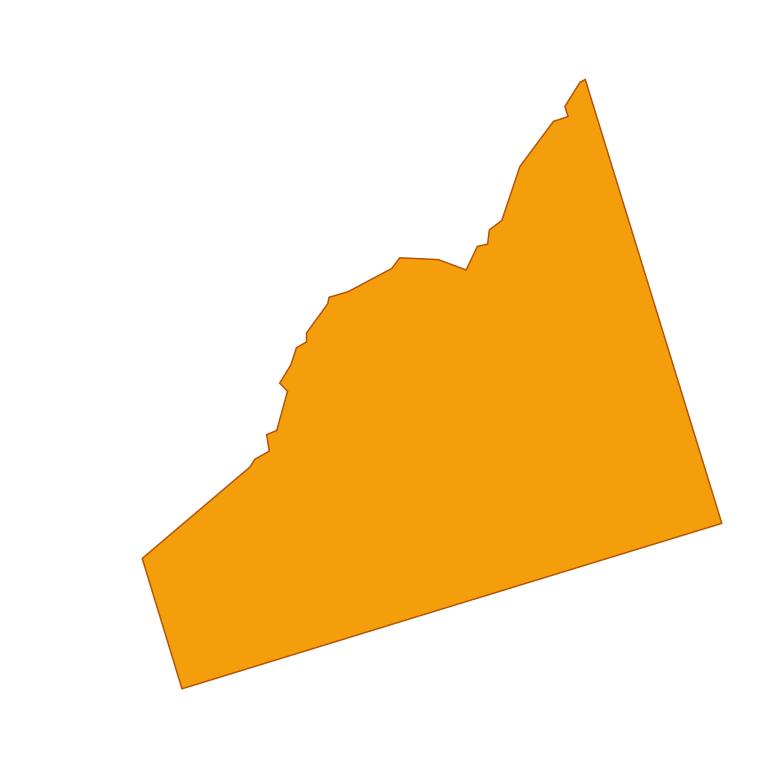 Delta, Colorado, United States of America (Equal Earth projection), rotated 343°
{"feature_id": "52423323B92734550287549", "entity_name": "Delta", "entity_type": "district", "adm_level": 2, "iso_a3": "USA", "parent_name": "United States of America", "parent_adm1": "Colorado", "projection": "equal_earth", "projection_center": [-107.875, 38.943], "detail": "fine", "context": "isolated", "style": "filled", "palette": "amber", "viewbox_px": 768, "rotation_deg": 343, "n_neighbors": 0, "source": "geoboundaries", "source_scale": "gbopen_adm2", "svg_char_len": 579}
<svg xmlns="http://www.w3.org/2000/svg" viewBox="0 0 768 768"><g transform="rotate(343 384 384)"><path d="M665.5,151.6L659.6,152.8L638.1,171.5L638.2,182.0L622.8,182.4L577.6,215.7L544.5,262.0L529.8,267.4L524.0,280.5L513.5,279.7L495.9,299.0L472.3,280.9L435.9,267.9L425.2,275.8L376.7,285.2L356.8,285.0L353.6,290.9L324.8,312.5L322.2,321.1L310.9,323.7L300.5,338.5L284.5,352.7L289.6,362.8L267.8,397.1L256.9,398.1L254.7,414.6L238.5,418.2L231.7,424.1L101.8,480.1L101.7,616.4L345.9,616.1L666.3,616.0L666.3,599.2L665.5,151.6Z" fill="#f59e0b" stroke="#b45309" stroke-width="1.5"/></g></svg>